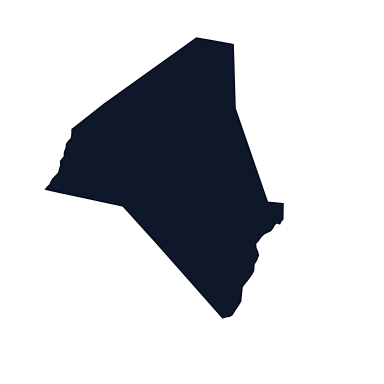 outline of Paes Landim, Piauí, Brazil, rotated 325°
{"feature_id": "56859067B98059440122572", "entity_name": "Paes Landim", "entity_type": "district", "adm_level": 2, "iso_a3": "BRA", "parent_name": "Brazil", "parent_adm1": "Piauí", "projection": "natural_earth1", "projection_center": [-42.304, -7.837], "detail": "fine", "context": "isolated", "style": "filled", "palette": "ink", "viewbox_px": 384, "rotation_deg": 325, "n_neighbors": 0, "source": "geoboundaries", "source_scale": "gbopen_adm2", "svg_char_len": 889}
<svg xmlns="http://www.w3.org/2000/svg" viewBox="0 0 384 384"><g transform="rotate(325 192 192)"><path d="M250.8,266.3L259.8,253.8L247.9,243.7L275.2,148.2L282.5,137.1L310.2,94.9L308.1,92.7L284.0,68.5L170.4,69.7L129.7,72.0L126.9,75.8L123.9,79.0L120.1,79.7L116.7,80.9L114.4,83.7L110.4,86.3L107.8,89.8L102.1,91.4L99.9,95.0L96.9,97.2L93.9,99.9L90.5,100.6L85.3,101.6L82.8,102.8L79.4,104.7L76.5,105.0L73.8,105.9L83.8,116.8L127.5,163.8L133.9,214.9L145.0,312.6L148.6,313.8L151.5,315.3L154.3,315.5L159.4,313.3L164.4,311.5L169.4,309.2L172.0,306.0L174.4,303.2L178.7,298.4L182.5,297.1L186.8,295.9L190.9,294.6L194.5,293.2L197.3,291.7L201.2,286.7L206.0,284.6L210.2,281.7L211.3,278.5L212.2,274.4L214.3,270.7L218.9,269.6L222.8,268.1L227.3,267.5L230.7,268.1L234.2,268.7L237.4,267.7L240.7,266.0L243.7,265.7L245.6,268.3L248.2,266.9L250.8,266.3Z" fill="#0f172a" stroke="#020617" stroke-width="1.5"/></g></svg>